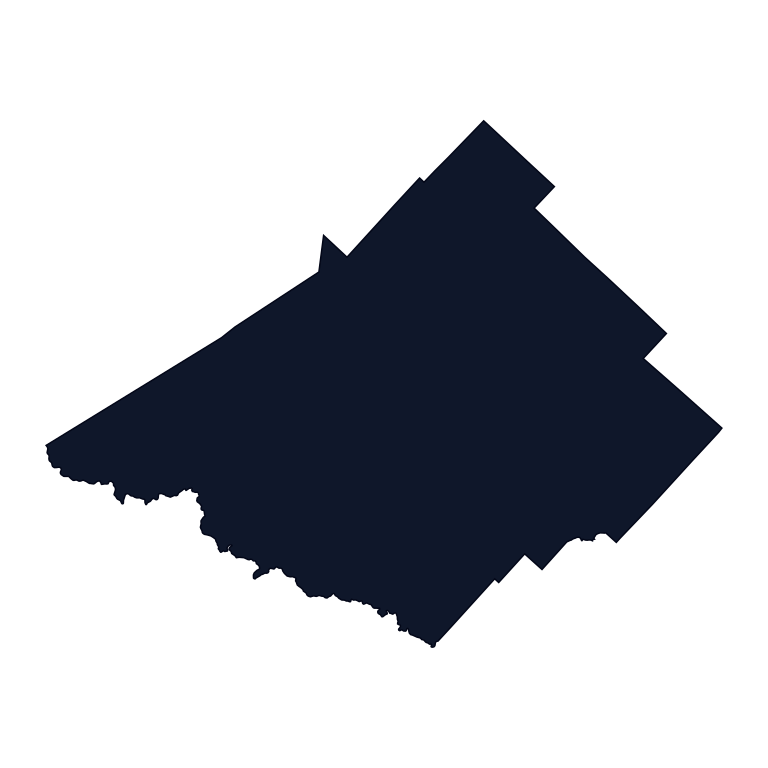 outline of Lobos, Buenos Aires, Argentina
{"feature_id": "61730980B17134937162409", "entity_name": "Lobos", "entity_type": "district", "adm_level": 2, "iso_a3": "ARG", "parent_name": "Argentina", "parent_adm1": "Buenos Aires", "projection": "mercator", "projection_center": [-59.277, -35.199], "detail": "fine", "context": "isolated", "style": "filled", "palette": "ink", "viewbox_px": 768, "rotation_deg": 0, "n_neighbors": 0, "source": "geoboundaries", "source_scale": "gbopen_adm2", "svg_char_len": 6070}
<svg xmlns="http://www.w3.org/2000/svg" viewBox="0 0 768 768"><path d="M607.7,278.1L584.4,256.9L554.5,227.8L534.1,208.1L554.4,186.6L527.2,161.4L483.7,120.8L448.0,157.7L435.0,170.7L424.0,182.2L419.6,178.0L394.5,205.1L347.0,257.2L323.6,235.4L318.9,272.0L235.1,326.9L221.5,337.7L46.1,445.4L47.1,446.7L47.6,447.7L47.8,448.9L47.1,452.5L47.5,453.7L48.4,454.5L49.0,455.4L49.1,456.3L48.9,458.9L49.2,460.3L49.6,461.0L51.1,462.2L51.7,462.9L52.1,465.0L52.6,466.4L54.3,467.6L55.9,467.6L59.1,467.2L60.5,467.7L61.3,468.9L61.2,470.1L60.4,472.1L60.4,473.1L61.1,474.5L63.7,476.3L64.8,476.4L68.7,476.4L71.0,478.7L72.9,480.2L73.9,480.4L75.9,480.0L76.9,480.1L78.9,481.1L79.8,481.1L80.8,481.0L82.5,480.3L83.4,480.2L86.3,481.5L89.0,483.2L89.6,483.4L89.8,483.1L90.6,483.5L92.7,483.8L93.8,483.9L94.8,483.3L96.7,481.7L98.1,481.1L99.3,481.0L99.9,481.3L101.0,482.8L101.1,483.7L101.3,484.1L101.7,484.4L104.7,483.9L107.0,484.0L108.1,483.7L108.8,482.0L109.5,481.4L111.6,481.2L112.4,482.3L113.4,482.9L113.6,485.5L114.9,486.9L115.5,488.9L115.3,490.5L114.1,494.3L114.2,494.9L115.7,496.4L116.9,498.5L117.6,499.2L120.2,500.5L120.7,501.1L121.5,503.0L121.9,503.6L122.2,503.8L122.8,503.8L123.3,503.4L123.4,502.9L123.5,500.3L125.2,495.0L125.9,494.2L127.1,493.7L128.2,493.8L129.1,494.3L130.2,495.3L131.2,495.9L132.8,496.0L134.9,497.3L136.2,497.7L136.9,497.9L139.6,497.8L142.6,499.0L144.4,499.3L144.9,499.9L145.0,502.7L145.8,504.5L146.2,504.6L146.8,504.0L147.3,502.9L150.3,501.3L150.7,500.9L151.6,499.6L152.6,498.7L153.0,498.5L154.1,498.5L155.5,499.5L156.2,499.7L156.9,499.6L157.5,499.2L158.0,498.4L158.2,497.7L158.5,494.6L159.3,493.6L161.9,493.6L163.7,494.4L164.9,494.4L165.2,495.2L165.8,495.7L168.7,496.5L169.5,496.9L170.5,497.1L174.3,495.4L176.2,495.7L177.5,495.2L178.5,493.2L178.9,492.7L181.8,490.7L182.7,489.9L183.5,489.3L184.7,488.9L185.3,489.0L185.8,490.2L186.0,490.4L186.4,490.3L187.0,489.8L188.1,489.1L188.9,488.4L191.4,488.0L191.9,488.3L192.2,488.7L192.2,489.1L191.7,490.0L192.4,491.5L193.3,491.6L195.2,492.3L196.8,492.2L197.8,492.4L198.5,493.1L198.6,494.3L199.1,495.1L199.1,496.4L198.9,496.8L197.7,497.5L197.2,498.1L196.8,500.7L197.3,501.8L199.9,503.7L200.4,504.6L201.4,505.7L201.5,506.1L201.5,506.7L201.1,508.5L201.3,509.5L202.0,510.1L203.7,510.4L204.2,511.4L204.5,514.1L205.1,516.2L204.9,516.4L204.1,516.7L203.2,517.5L201.1,520.6L201.0,521.7L201.2,523.9L200.9,524.9L200.4,527.2L200.9,528.6L202.0,530.7L202.3,532.4L202.8,533.2L204.3,534.3L207.3,534.9L210.8,535.9L213.2,537.4L215.3,539.0L215.6,539.5L216.0,541.2L217.2,543.2L217.4,544.7L218.5,546.5L218.7,547.2L218.3,548.8L219.3,550.0L219.8,551.2L220.7,552.2L221.3,552.1L223.4,550.7L224.4,551.4L225.0,551.5L226.1,551.2L227.2,551.1L227.6,550.7L227.6,550.4L227.0,548.1L227.7,546.7L228.8,545.5L229.7,545.0L230.3,544.9L231.4,544.9L231.9,545.3L231.9,545.8L229.7,547.4L229.1,548.7L229.1,549.6L231.1,551.4L231.7,553.5L235.1,555.8L235.7,556.8L236.4,557.7L239.2,557.3L244.0,557.7L248.1,559.6L249.5,559.7L250.0,559.2L251.6,559.4L252.1,559.6L253.3,560.9L254.7,560.8L255.5,561.3L256.0,562.0L256.4,563.7L258.4,565.1L258.9,565.8L259.4,566.7L259.6,568.5L259.1,569.3L257.0,570.3L254.3,572.8L253.5,574.6L253.4,575.4L253.5,578.0L253.9,578.5L254.8,578.9L255.3,578.8L256.0,578.0L259.9,575.8L260.8,574.9L263.3,574.0L264.4,573.3L265.7,573.1L266.7,573.2L267.9,572.8L268.7,571.7L268.7,570.9L268.5,570.3L268.6,569.8L269.9,568.5L270.7,568.3L273.9,569.0L274.4,568.7L275.5,567.4L276.7,566.8L278.8,568.1L279.4,568.2L280.7,568.1L281.4,568.3L281.9,568.7L282.3,569.3L282.8,571.0L284.4,573.4L287.1,576.0L290.1,576.8L292.6,576.7L293.4,576.9L294.2,577.4L294.8,577.4L296.0,578.4L295.6,580.9L296.2,581.9L297.3,585.0L299.0,586.4L300.9,587.7L302.9,589.5L303.4,591.1L305.7,592.7L306.3,593.4L306.9,594.8L307.4,595.4L308.1,596.0L309.3,596.5L310.7,596.8L312.0,596.3L313.8,595.9L315.8,596.3L316.8,596.3L318.4,595.6L319.6,595.5L321.4,596.1L323.2,596.3L323.9,596.6L325.2,597.7L327.0,598.0L328.9,596.6L330.6,596.0L332.4,594.0L333.7,593.4L334.4,593.7L335.1,595.2L335.4,595.6L337.5,596.7L338.9,598.3L341.7,600.0L344.1,600.1L344.9,600.3L346.2,601.0L348.2,601.1L349.1,601.6L350.0,601.8L350.5,601.6L350.7,601.2L351.1,599.8L351.5,599.3L351.8,599.3L353.6,600.1L355.2,599.9L355.8,600.0L357.1,600.5L359.2,601.6L361.3,600.9L361.8,601.1L362.2,601.6L362.7,603.5L363.5,604.1L363.9,604.1L366.1,603.1L367.0,603.0L369.1,604.1L371.2,604.7L372.5,606.8L373.3,607.7L373.8,608.0L374.9,608.2L376.2,608.1L377.4,608.3L379.5,608.2L379.7,608.8L379.7,609.3L378.2,610.6L377.8,611.5L377.8,612.4L378.0,613.0L378.4,613.5L379.3,614.1L380.4,614.6L381.7,616.6L382.0,616.8L382.8,616.7L385.4,614.7L387.2,613.9L387.3,613.5L387.2,612.9L386.3,611.4L386.3,610.7L386.5,610.6L387.5,610.5L388.0,610.7L388.7,611.3L389.8,613.2L390.9,613.4L392.4,614.1L393.1,614.0L394.3,613.1L395.3,612.9L395.8,613.1L396.2,613.5L396.4,614.0L397.3,616.8L397.4,619.3L398.0,621.0L398.1,621.4L397.7,622.7L397.6,623.9L398.3,624.4L400.0,625.0L400.4,625.4L400.4,625.9L400.4,626.6L400.0,627.5L398.7,629.0L398.6,629.5L398.8,630.2L399.8,630.7L401.7,629.8L402.1,629.9L403.6,631.0L405.7,631.1L406.2,630.6L406.7,629.0L407.2,628.5L407.7,628.4L408.1,628.7L408.3,629.1L409.3,633.0L409.9,633.8L410.9,634.7L412.3,635.0L417.0,637.1L420.1,637.9L421.0,638.6L421.6,639.5L423.5,639.9L424.1,640.3L425.3,641.7L426.1,642.4L428.0,643.0L429.4,644.1L431.1,644.2L431.5,644.6L431.5,645.2L431.1,646.3L431.2,646.8L431.5,647.0L432.2,647.2L433.4,647.0L434.1,646.7L434.9,645.7L435.4,642.9L435.7,642.0L436.9,641.2L437.9,641.2L450.8,627.2L494.7,578.8L498.7,582.5L524.7,553.9L542.0,569.5L566.8,541.9L570.1,540.4L571.5,540.0L572.1,539.4L573.7,538.6L575.1,538.2L576.8,537.4L578.3,537.2L579.7,537.5L580.3,538.1L580.9,539.0L581.2,539.9L581.7,540.6L581.9,540.7L582.2,540.4L582.5,539.6L582.9,539.3L585.7,540.1L587.5,540.2L588.7,540.0L590.6,540.0L592.5,540.8L592.6,539.9L593.4,539.4L594.5,539.2L593.9,538.3L594.0,537.8L596.0,534.6L597.8,533.6L599.4,533.1L599.9,532.8L600.6,532.9L601.7,532.9L604.7,533.1L605.7,532.8L616.3,542.4L620.0,538.3L652.5,504.3L692.3,460.7L718.5,432.4L721.9,428.1L679.0,389.9L643.2,358.5L666.4,333.5L639.1,307.5L607.7,278.1Z" fill="#0f172a" stroke="#020617" stroke-width="1.5"/></svg>